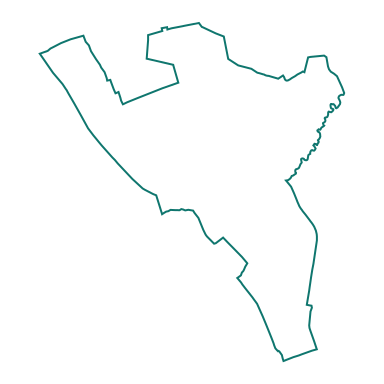 outline of Fagge, Kano, Nigeria
{"feature_id": "59680162B24316958669382", "entity_name": "Fagge", "entity_type": "district", "adm_level": 2, "iso_a3": "NGA", "parent_name": "Nigeria", "parent_adm1": "Kano", "projection": "natural_earth1", "projection_center": [8.53, 12.032], "detail": "fine", "context": "isolated", "style": "outline", "palette": "teal", "viewbox_px": 384, "rotation_deg": 0, "n_neighbors": 0, "source": "geoboundaries", "source_scale": "gbopen_adm2", "svg_char_len": 4480}
<svg xmlns="http://www.w3.org/2000/svg" viewBox="0 0 384 384"><path d="M339.4,104.9L340.0,104.1L340.3,102.5L340.1,101.6L339.5,100.1L339.2,99.5L338.7,98.6L338.5,98.1L338.5,97.4L338.9,96.5L339.3,95.9L339.9,95.5L340.7,95.1L341.2,94.8L342.0,94.8L342.5,94.9L342.9,94.9L343.4,94.9L343.8,94.2L344.2,93.0L343.7,91.7L342.1,87.4L337.0,76.2L334.0,73.7L330.8,71.7L329.0,69.3L328.0,66.4L326.4,57.2L324.1,55.6L318.9,56.1L310.6,56.9L308.1,57.4L304.4,72.2L302.9,71.5L301.3,72.5L297.4,74.5L295.2,76.1L291.7,78.1L289.9,79.4L287.8,80.5L286.6,80.6L285.6,80.2L284.8,79.1L284.1,77.1L283.0,75.5L278.2,78.7L276.9,78.3L270.4,76.4L269.1,76.0L268.8,75.9L267.8,75.8L267.5,75.8L266.1,75.5L265.1,75.1L264.0,74.5L263.0,74.3L261.4,73.8L260.4,73.5L259.0,73.1L257.3,72.7L251.4,68.8L238.2,65.4L229.4,59.7L228.2,58.9L224.0,37.5L223.8,36.5L215.8,33.4L202.2,27.0L201.8,26.9L200.1,24.6L198.9,23.0L183.9,25.9L183.1,26.1L171.5,28.3L167.4,29.5L167.1,27.2L161.7,28.2L162.3,31.0L148.1,35.1L148.1,40.1L146.7,58.7L148.1,59.0L173.2,64.8L173.5,66.0L178.3,82.7L162.3,88.3L137.0,98.3L127.1,102.3L123.4,104.1L122.9,104.3L121.1,100.6L120.4,97.8L119.1,93.8L118.5,92.0L116.1,93.1L115.5,93.3L113.7,89.2L110.8,81.4L110.3,79.9L107.2,80.6L107.0,79.7L106.7,78.1L104.6,72.2L101.2,67.6L99.9,64.7L96.1,59.3L91.0,51.2L88.9,45.4L85.7,41.8L83.4,35.7L70.6,39.3L61.0,43.1L52.9,47.3L50.5,48.5L47.7,50.9L39.8,53.7L53.0,72.8L62.5,84.0L66.0,89.3L66.5,89.9L68.4,93.4L74.2,103.4L81.0,115.5L88.1,128.4L93.4,135.4L96.2,138.8L98.8,142.0L101.8,145.6L112.4,157.5L114.9,160.0L117.7,163.4L119.5,165.3L132.4,179.0L142.7,188.5L144.9,189.8L153.2,194.1L156.2,195.3L159.5,205.8L162.1,214.2L164.2,212.8L166.2,211.6L168.3,211.2L170.5,209.9L174.6,210.1L179.6,210.2L181.3,209.1L183.1,209.5L185.2,210.4L188.3,209.8L193.1,210.6L194.5,212.9L198.4,217.9L203.3,229.9L205.6,234.6L206.9,236.4L214.1,243.7L215.8,243.2L223.1,237.6L227.4,242.1L238.0,252.9L242.0,257.0L247.3,263.3L245.2,266.8L244.0,269.7L243.2,271.2L241.9,272.5L240.9,275.4L237.3,278.0L241.1,282.5L242.3,284.4L245.2,288.2L250.5,294.9L252.4,297.3L253.8,299.3L257.1,303.8L260.8,312.1L262.6,316.1L266.0,324.3L269.2,332.2L271.6,338.2L273.6,343.4L274.1,345.1L274.2,345.4L275.4,348.4L276.7,349.8L276.8,350.0L278.0,351.2L278.4,350.9L279.3,351.4L281.9,355.1L282.7,358.5L283.5,361.0L293.0,357.3L293.2,357.2L298.7,355.5L301.8,354.3L311.9,350.7L316.8,349.3L314.0,340.9L310.3,330.5L309.5,328.0L309.2,325.4L310.5,311.5L311.9,307.7L311.5,305.7L309.2,305.3L306.8,304.8L309.2,290.6L309.6,287.5L309.9,285.5L310.0,284.8L311.1,277.1L312.3,269.6L313.4,264.0L316.9,240.4L316.9,236.4L316.7,234.1L315.9,230.7L314.2,226.7L312.8,224.4L311.3,222.3L310.7,221.6L309.4,219.8L306.6,216.1L305.7,214.9L304.9,213.9L302.7,211.2L301.8,209.8L300.9,208.7L299.4,206.3L298.4,204.0L297.5,202.0L296.5,199.4L294.0,193.2L291.1,186.7L289.4,184.6L286.0,180.5L288.0,180.2L289.6,179.1L290.9,177.7L291.7,176.0L293.2,175.5L295.0,174.2L295.9,173.6L296.0,172.8L295.3,172.0L295.3,170.2L295.8,169.4L296.9,169.0L298.0,168.6L299.0,167.8L299.9,165.7L300.4,164.3L301.2,163.3L301.7,162.5L301.2,160.2L301.1,159.2L301.4,158.8L302.2,158.4L303.4,158.6L303.9,158.9L304.4,159.8L305.5,160.2L306.6,160.2L307.3,159.8L307.7,159.0L307.9,157.7L308.1,156.5L308.3,155.2L308.8,154.7L309.6,154.2L310.2,153.9L310.2,152.6L310.5,151.5L311.0,150.8L311.3,150.4L312.1,150.1L313.2,150.6L314.2,150.6L315.0,149.7L315.6,148.5L315.0,147.5L314.2,146.2L313.4,145.4L314.5,143.8L315.7,144.0L316.3,144.2L316.5,144.9L317.1,145.0L317.4,144.3L317.9,143.2L318.5,142.6L318.7,141.8L318.6,141.3L318.0,140.7L317.9,140.2L318.4,139.7L319.0,139.2L319.7,138.1L320.3,136.7L320.1,134.0L319.7,133.0L319.2,132.2L318.4,132.0L317.6,131.2L317.4,130.4L318.1,129.9L318.6,129.3L319.4,129.5L319.9,129.7L320.3,129.7L320.8,128.9L321.2,128.0L321.6,127.5L322.4,127.0L323.3,126.4L323.9,126.0L324.1,125.7L323.6,125.5L323.4,124.7L323.2,124.0L323.0,123.5L323.0,123.2L323.2,122.9L323.6,122.7L324.1,122.4L324.7,122.0L325.2,121.4L325.4,120.6L325.2,119.5L324.9,118.9L324.7,118.3L324.8,117.9L325.3,117.5L325.6,117.5L326.6,117.3L327.3,116.9L327.8,115.8L328.2,114.1L328.1,113.0L328.3,112.1L328.8,111.6L329.4,111.8L330.3,112.1L331.3,112.2L332.4,111.3L333.0,110.6L333.4,109.8L333.2,109.2L332.8,108.9L332.0,108.7L331.2,108.3L330.9,107.8L330.7,106.9L330.6,106.2L330.5,105.3L330.6,104.6L331.0,104.0L331.7,104.0L332.5,104.3L333.2,104.1L334.0,104.5L334.4,105.1L335.1,105.8L335.4,106.6L335.6,107.4L335.8,108.0L336.2,108.2L336.5,107.9L337.2,107.8L337.7,107.4L338.3,106.4L339.0,105.6L339.4,104.9Z" fill="none" stroke="#0f766e" stroke-width="2"/></svg>